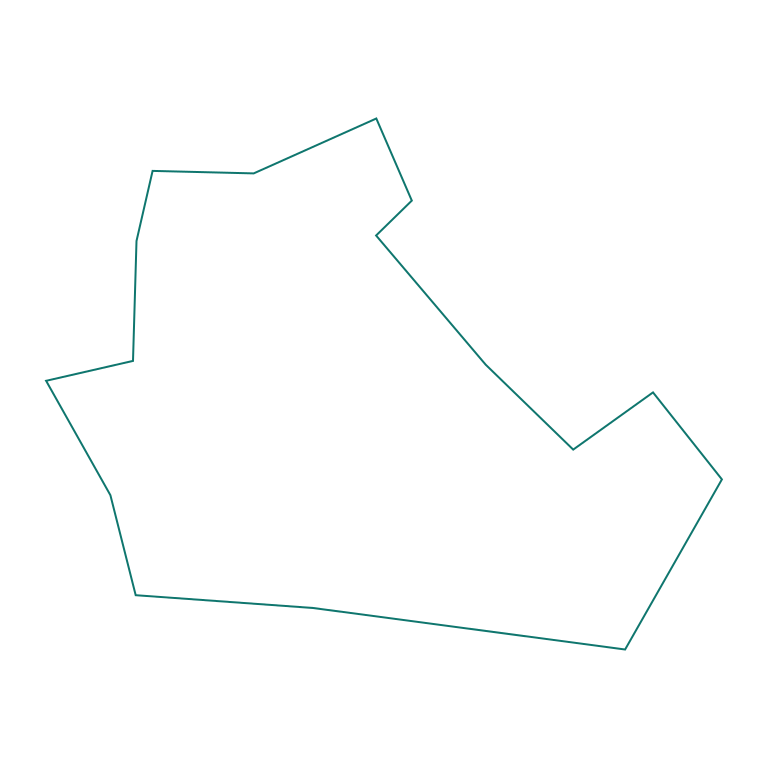 outline of Dzhizak city, Jizzakh, Uzbekistan
{"feature_id": "79887680B67219555279556", "entity_name": "Dzhizak city", "entity_type": "district", "adm_level": 2, "iso_a3": "UZB", "parent_name": "Uzbekistan", "parent_adm1": "Jizzakh", "projection": "albers", "projection_center": [67.829, 40.084], "detail": "fine", "context": "isolated", "style": "outline", "palette": "teal", "viewbox_px": 768, "rotation_deg": 0, "n_neighbors": 0, "source": "geoboundaries", "source_scale": "gbopen_adm2", "svg_char_len": 330}
<svg xmlns="http://www.w3.org/2000/svg" viewBox="0 0 768 768"><path d="M376.3,118.5L253.7,173.4L152.6,170.9L136.5,241.0L133.0,360.9L46.1,380.8L110.4,495.2L135.7,595.2L313.0,608.0L625.1,649.5L721.9,479.4L653.0,392.4L573.2,449.6L485.7,364.7L376.1,235.5L411.8,200.6L376.3,118.5Z" fill="none" stroke="#0f766e" stroke-width="2"/></svg>